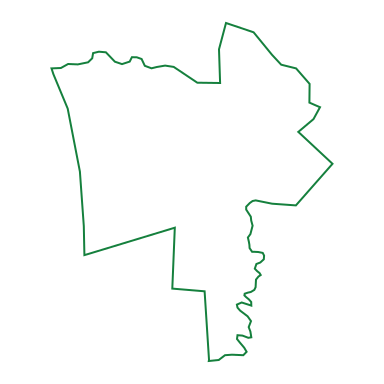 Rosario, Colonia, Uruguay (orthographic projection)
{"feature_id": "84410073B61411405637376", "entity_name": "Rosario", "entity_type": "district", "adm_level": 2, "iso_a3": "URY", "parent_name": "Uruguay", "parent_adm1": "Colonia", "projection": "orthographic", "projection_center": [-57.344, -34.328], "detail": "fine", "context": "isolated", "style": "outline", "palette": "green", "viewbox_px": 384, "rotation_deg": 0, "n_neighbors": 0, "source": "geoboundaries", "source_scale": "gbopen_adm2", "svg_char_len": 1391}
<svg xmlns="http://www.w3.org/2000/svg" viewBox="0 0 384 384"><path d="M295.9,205.4L308.9,190.6L332.5,163.8L298.3,131.9L313.5,119.1L320.0,107.2L316.0,105.5L309.4,102.6L309.6,83.9L296.1,68.4L281.2,64.7L272.0,54.8L253.6,32.3L226.0,23.0L219.0,49.3L220.1,83.0L197.3,82.7L173.7,66.9L165.1,65.6L156.8,67.0L151.5,68.3L144.8,65.8L141.6,59.0L136.8,57.3L131.9,57.2L129.7,61.6L122.0,64.1L114.9,61.7L105.9,52.3L98.9,51.7L93.1,53.1L92.2,58.3L88.1,62.3L77.8,64.4L68.1,64.0L60.9,68.0L51.5,68.4L53.4,74.2L67.7,108.6L79.9,171.6L83.8,226.1L84.4,255.1L88.2,254.0L174.8,227.7L172.3,288.6L204.6,291.3L209.0,359.6L209.0,359.9L208.8,361.0L218.7,360.0L225.0,355.2L232.0,354.7L243.3,355.2L246.6,351.8L244.2,347.7L239.9,342.6L237.0,339.0L237.5,335.2L242.5,335.6L248.3,337.8L251.3,337.3L250.4,331.6L248.7,327.1L251.0,321.1L247.6,316.3L240.1,310.6L237.5,307.6L236.9,304.6L241.7,302.5L248.6,304.7L251.3,305.6L251.2,302.0L248.9,299.4L246.1,297.1L244.4,295.4L244.7,293.7L248.0,292.6L250.8,292.0L254.3,289.9L255.6,287.2L256.0,279.6L258.4,276.6L260.7,275.0L259.5,273.0L257.1,271.1L254.8,268.7L256.4,264.0L260.3,262.5L263.8,259.3L264.1,255.6L262.7,252.9L258.2,252.0L254.3,251.8L252.1,251.8L249.6,248.1L249.4,244.8L248.9,241.9L247.9,237.5L250.4,234.1L252.6,225.7L251.2,220.5L250.8,216.7L246.2,209.6L246.2,206.7L249.8,203.0L252.6,201.0L255.7,200.4L272.1,203.7L295.9,205.4Z" fill="none" stroke="#15803d" stroke-width="2"/></svg>